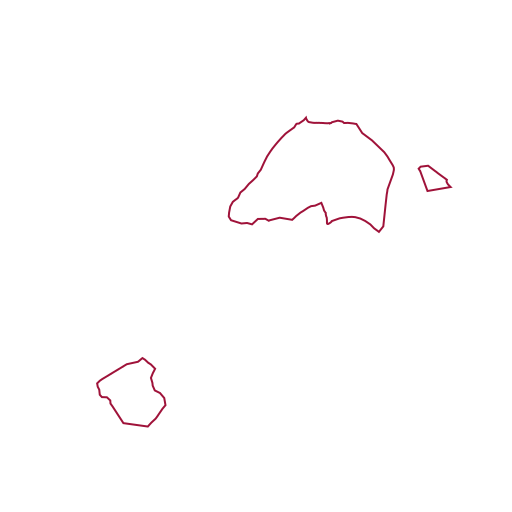 outline of Eyal Surayh, Amran, Yemen, rotated 241°
{"feature_id": "15242507B30874403797275", "entity_name": "Eyal Surayh", "entity_type": "district", "adm_level": 2, "iso_a3": "YEM", "parent_name": "Yemen", "parent_adm1": "Amran", "projection": "robinson", "projection_center": [43.972, 15.733], "detail": "fine", "context": "isolated", "style": "outline", "palette": "rose", "viewbox_px": 512, "rotation_deg": 241, "n_neighbors": 0, "source": "geoboundaries", "source_scale": "gbopen_adm2", "svg_char_len": 2705}
<svg xmlns="http://www.w3.org/2000/svg" viewBox="0 0 512 512"><g transform="rotate(241 256 256)"><path d="M352.7,366.7L351.6,363.6L351.1,358.3L351.0,357.8L351.3,357.2L351.9,355.8L351.8,355.0L350.0,351.8L349.4,346.6L348.9,342.6L348.6,340.9L347.0,335.6L345.1,330.2L344.0,327.3L342.0,322.4L340.3,318.9L337.7,314.0L334.5,309.3L332.6,306.7L329.1,302.0L327.3,297.6L325.2,295.3L323.7,290.0L322.5,284.7L320.1,278.6L319.1,273.1L315.7,268.6L315.6,268.2L315.4,267.6L315.1,265.1L314.6,262.0L311.8,257.5L307.0,253.5L304.9,252.1L304.1,251.5L303.6,251.3L299.4,251.5L291.5,259.0L289.2,264.2L285.6,267.9L287.5,275.6L284.0,282.2L280.6,284.3L280.7,284.9L278.0,295.3L270.1,305.2L270.7,307.7L271.5,310.6L272.4,316.0L272.5,319.0L273.0,324.8L272.9,328.3L271.4,332.1L270.8,338.9L265.8,338.3L262.8,337.6L260.3,337.8L259.8,337.9L258.9,337.3L258.2,337.1L256.6,336.6L255.4,336.5L254.2,336.0L252.5,335.2L250.9,334.3L250.0,333.9L249.4,334.0L249.1,334.5L249.0,335.1L249.1,336.3L249.1,337.1L249.4,338.6L249.8,339.1L249.3,342.1L248.4,347.4L247.3,350.6L245.3,355.7L243.7,358.9L241.9,361.6L238.1,365.5L237.9,365.6L233.7,368.5L228.2,371.3L223.0,372.7L218.7,374.7L217.5,375.2L220.2,381.7L225.9,385.7L237.9,394.1L246.5,400.2L248.7,402.0L250.5,403.3L260.9,415.2L262.8,416.9L264.3,418.2L265.1,418.7L266.6,419.4L269.0,419.6L275.5,419.3L279.2,419.2L284.6,418.5L300.9,413.5L312.0,408.5L322.8,407.8L322.9,407.6L325.0,405.0L327.9,400.9L328.4,399.9L329.6,397.5L331.6,396.8L334.7,393.2L336.2,387.2L335.9,386.3L336.2,384.8L336.5,384.9L336.9,384.1L337.3,383.2L337.6,382.5L338.1,381.8L338.3,381.4L338.5,381.1L339.2,380.0L339.7,379.3L340.1,378.6L340.6,377.9L341.1,377.0L341.5,376.3L342.0,375.6L342.3,374.9L342.7,374.2L343.2,373.4L343.5,372.7L343.9,372.0L344.1,371.6L344.3,371.3L344.8,370.6L345.3,369.9L345.8,369.3L346.3,368.7L346.9,367.9L347.6,367.1L348.2,366.8L348.4,366.7L348.9,366.6L349.0,366.6L349.6,366.5L350.5,366.5L351.3,366.5L352.1,366.5L352.7,366.7ZM221.8,107.1L221.0,103.2L220.7,101.5L224.0,90.5L222.9,61.8L222.6,58.9L221.6,55.3L218.4,54.2L215.1,54.1L213.7,53.5L210.4,52.1L207.3,52.8L204.7,57.1L200.3,58.5L197.5,57.2L194.0,57.6L174.1,59.0L159.3,78.7L161.0,83.7L162.4,89.4L163.6,92.0L165.0,94.7L167.8,100.3L169.4,104.5L176.3,106.9L179.7,106.2L182.7,105.6L187.5,102.3L192.7,102.8L195.3,103.9L200.3,105.0L203.5,108.9L206.3,113.1L211.7,111.6L211.8,111.6L212.1,111.5L212.8,111.1L214.0,110.5L214.4,110.3L214.5,110.1L219.2,108.6L221.8,107.1ZM229.7,437.5L222.0,459.6L222.3,459.5L223.9,459.1L225.7,458.6L228.0,458.6L228.8,458.8L229.1,458.9L229.4,459.1L230.1,459.9L240.3,455.2L241.3,454.8L242.3,454.4L243.3,453.9L251.5,450.3L254.3,443.3L253.5,440.6L250.9,440.7L250.8,440.8L233.6,438.1L229.7,437.5Z" fill="none" stroke="#9f1239" stroke-width="2"/></g></svg>